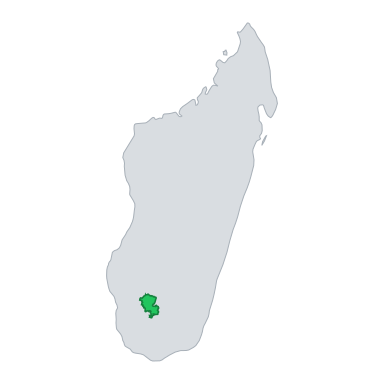 Benenitra, Atsimo-Andrefana, Madagascar shown in context
{"feature_id": "10022922B93003724204974", "entity_name": "Benenitra", "entity_type": "district", "adm_level": 2, "iso_a3": "MDG", "parent_name": "Madagascar", "parent_adm1": "Atsimo-Andrefana", "projection": "mercator", "projection_center": [45.12, -23.452], "detail": "fine", "context": "in_parent", "style": "filled", "palette": "green", "viewbox_px": 384, "rotation_deg": 0, "n_neighbors": 0, "source": "geoboundaries", "source_scale": "gbopen_adm2", "svg_char_len": 7267}
<svg xmlns="http://www.w3.org/2000/svg" viewBox="0 0 384 384"><path d="M255.1,31.6L256.2,34.1L257.4,36.5L261.4,42.4L263.1,44.7L264.5,47.1L265.2,51.9L267.7,59.4L270.1,70.6L270.8,82.2L271.6,87.5L273.4,92.5L276.4,97.7L277.4,103.5L275.6,109.5L272.9,115.1L272.2,116.2L270.9,117.6L270.4,117.6L268.2,116.1L266.5,113.7L264.3,108.1L263.5,105.3L262.5,104.8L259.9,105.1L258.1,106.8L257.7,108.0L258.1,111.1L258.8,114.0L259.2,116.8L259.2,120.5L259.9,121.6L260.9,122.5L262.0,124.9L262.2,130.6L261.5,133.4L259.7,135.9L259.8,137.3L260.5,138.7L259.8,139.5L257.4,140.6L256.4,141.5L255.1,144.1L253.0,149.2L252.7,151.8L254.0,159.8L253.7,165.5L250.9,176.4L249.4,181.6L247.2,187.8L243.8,196.0L240.4,206.3L237.6,216.9L235.5,223.3L233.1,229.6L229.8,240.8L227.0,252.1L222.9,264.7L217.2,278.8L216.6,280.6L215.4,287.8L214.1,294.1L212.6,300.3L209.4,310.6L209.0,313.8L208.3,316.8L205.2,323.3L203.9,325.7L203.0,328.3L202.4,331.6L201.5,334.7L199.3,340.5L195.9,345.5L193.6,347.3L188.7,350.0L186.1,350.5L180.6,350.6L175.2,352.1L169.6,355.0L164.2,358.3L162.1,359.9L159.8,360.8L152.7,361.0L150.5,360.2L143.4,354.8L140.6,353.9L135.4,353.1L133.8,352.7L132.3,351.9L130.2,349.1L126.0,346.7L125.0,345.9L124.3,344.3L123.9,342.5L122.8,340.5L122.0,336.7L120.6,334.0L116.8,329.3L116.4,327.8L116.0,322.9L116.2,319.5L115.8,313.4L116.2,310.5L117.6,307.9L117.0,305.1L115.6,302.2L115.0,299.1L114.0,296.4L109.9,291.4L109.0,288.9L108.3,286.4L106.8,278.5L106.6,275.7L106.8,270.0L107.4,267.0L108.4,264.9L108.6,263.4L109.3,262.0L110.2,261.0L110.9,259.7L112.4,252.3L114.3,250.7L117.1,249.7L119.4,247.8L120.7,245.2L122.1,239.9L125.6,234.6L126.9,231.8L129.8,227.6L132.4,221.7L133.2,218.9L133.7,216.1L134.4,209.9L134.9,206.8L134.8,203.7L133.3,200.6L129.8,194.8L129.7,193.8L130.0,189.5L129.7,186.5L128.4,183.4L126.7,180.6L125.1,175.2L124.3,166.4L124.5,163.2L124.0,160.3L122.8,157.6L123.7,152.9L134.1,135.9L134.5,133.9L134.0,128.7L134.2,125.7L134.6,124.6L135.4,123.9L137.2,123.6L145.6,122.9L146.7,122.4L148.8,120.9L151.7,118.2L153.1,117.4L154.2,117.7L154.9,118.9L155.9,119.5L159.3,118.2L160.6,118.2L161.9,118.4L162.6,117.3L162.9,115.7L163.4,114.6L164.3,114.0L168.7,113.7L171.5,113.2L175.2,112.2L175.9,112.4L178.9,116.2L179.7,116.6L180.9,116.7L181.9,116.0L179.5,114.0L179.1,112.9L179.3,111.6L180.5,108.8L182.7,106.6L187.4,103.4L192.3,99.7L193.7,99.4L194.9,100.0L195.8,104.4L195.7,105.1L196.5,105.2L197.4,104.7L198.2,102.9L198.3,101.4L197.6,100.0L197.3,98.8L197.3,97.7L199.7,95.1L201.7,92.7L202.6,89.7L203.4,88.3L205.5,86.8L206.1,87.0L206.5,88.3L206.8,89.6L206.3,90.9L205.5,92.2L205.2,94.0L206.4,94.3L207.5,93.9L209.1,90.7L210.9,87.8L212.0,86.2L213.4,85.2L215.7,85.4L217.9,86.1L214.3,82.9L213.4,78.7L217.7,71.3L217.7,69.7L218.3,69.3L218.6,68.7L216.4,66.2L216.0,65.0L216.3,63.1L217.3,61.4L218.3,60.3L219.7,59.8L220.7,60.5L223.1,62.5L224.8,62.8L226.7,60.8L228.3,58.4L230.7,56.7L233.4,55.7L237.5,51.8L240.2,43.8L240.5,41.4L239.9,38.6L238.9,35.9L237.3,32.5L237.7,31.8L240.0,32.2L240.7,31.7L243.2,28.8L247.3,23.0L248.6,23.1L249.7,24.1L250.2,25.7L251.0,26.8L253.7,29.5L255.1,31.6ZM226.8,54.2L226.8,55.1L223.7,54.7L223.2,51.6L224.8,51.5L225.1,50.3L226.0,50.1L227.0,52.8L226.8,54.2ZM264.5,140.9L261.8,145.4L262.6,141.6L265.7,136.1L266.5,135.7L264.5,140.9Z" fill="#d9dde1" stroke="#a8b0b8" stroke-width="1"/><path d="M147.9,294.1L147.8,294.3L147.7,294.5L147.4,294.7L147.1,294.8L146.3,294.7L146.2,294.7L145.9,294.9L145.6,294.8L145.5,294.6L145.4,295.1L145.2,295.3L145.1,295.6L144.9,295.8L144.6,295.9L144.3,295.9L144.1,295.9L143.6,296.5L143.4,296.9L143.2,297.2L142.9,297.2L142.8,297.3L142.5,297.9L142.2,298.2L141.4,298.0L141.1,297.9L141.0,298.0L140.8,297.9L140.6,297.9L140.5,298.0L140.3,298.1L140.0,298.5L140.0,299.0L139.8,299.5L139.9,299.8L139.8,300.0L140.1,300.1L140.1,300.3L140.3,300.3L140.7,300.4L141.1,300.3L141.6,300.4L141.9,300.6L142.0,300.8L141.9,301.0L141.8,301.7L142.1,301.9L142.4,302.0L142.5,302.2L142.6,302.3L142.0,302.9L141.9,303.1L141.8,303.9L141.8,304.0L141.7,304.1L141.5,304.5L141.5,304.8L141.8,304.8L142.0,304.8L142.3,304.4L142.6,304.6L142.6,304.9L142.6,305.0L142.8,305.1L142.7,305.3L142.7,305.5L142.7,305.8L142.8,306.1L143.1,306.0L143.3,306.0L143.5,306.2L143.5,306.3L143.7,306.5L143.7,306.8L143.6,307.1L143.8,307.3L143.7,307.7L143.7,307.8L143.8,307.9L144.0,307.8L144.1,307.5L144.5,307.6L144.7,308.0L144.8,308.0L145.1,308.2L145.2,308.3L145.2,308.5L145.2,308.8L145.1,309.3L145.2,309.6L145.2,309.8L145.3,310.2L145.1,310.5L145.0,310.8L145.0,311.1L145.1,311.3L145.3,311.6L145.5,311.7L145.8,311.6L146.0,311.6L146.1,311.4L146.3,311.1L146.5,311.1L146.9,311.1L147.1,311.1L147.3,311.0L147.6,310.8L148.0,310.8L148.3,311.0L148.6,311.3L148.7,311.1L149.0,311.0L149.2,310.9L149.4,311.0L149.6,310.8L149.7,310.7L150.0,310.7L150.5,311.0L150.9,311.3L150.8,311.6L150.4,312.0L150.2,312.1L150.1,312.3L150.2,312.6L150.5,312.8L151.0,313.4L151.0,313.8L151.0,314.0L151.1,314.3L151.1,314.8L150.6,315.2L150.3,315.3L149.8,315.4L149.5,315.4L149.6,315.6L149.6,315.9L149.6,316.0L149.8,316.5L149.6,316.9L149.8,317.0L149.7,317.2L149.9,317.2L149.9,317.3L150.1,317.4L150.3,317.3L150.5,317.5L150.8,317.7L151.2,317.8L151.3,317.8L151.3,317.7L151.5,317.7L151.8,317.6L151.8,317.4L151.9,317.2L152.0,317.1L152.2,316.8L152.3,316.7L152.2,316.5L152.2,316.3L152.0,316.2L152.0,315.9L151.9,315.9L152.0,315.8L152.1,315.7L152.2,315.8L152.3,315.9L152.3,316.0L152.5,315.9L152.7,315.7L152.7,315.4L153.0,315.4L153.6,315.3L153.7,315.2L153.9,315.1L154.1,315.0L154.1,314.9L153.9,314.8L153.7,314.3L153.6,314.2L153.4,314.0L153.7,313.9L153.9,314.0L154.0,314.0L154.3,314.2L154.4,314.3L154.6,314.2L154.8,314.2L155.1,314.3L155.3,314.4L155.6,314.6L155.8,314.6L156.0,314.5L156.2,314.4L156.6,314.4L156.9,314.4L157.7,314.4L157.8,314.3L157.9,314.0L157.9,313.8L157.8,313.5L157.9,312.9L158.1,312.8L158.4,312.5L158.8,312.3L158.7,312.3L158.7,312.2L158.4,312.0L158.4,311.5L158.4,311.3L158.4,311.2L158.1,311.0L157.7,310.8L157.4,310.5L157.4,310.3L157.5,310.2L157.6,309.9L158.0,309.5L157.9,309.3L157.9,309.1L157.9,308.9L158.0,308.7L158.3,308.6L158.5,308.4L158.7,308.2L158.7,307.8L158.6,307.7L158.4,307.5L158.3,307.1L158.3,306.9L158.2,306.6L157.8,306.6L157.7,306.6L157.4,306.4L157.2,306.4L157.2,306.1L156.9,305.9L156.7,306.0L156.6,305.9L156.5,305.7L156.4,305.3L156.2,305.3L155.8,305.5L155.6,305.6L155.5,305.8L155.5,306.0L155.4,306.3L155.2,306.5L155.0,306.3L154.9,306.3L154.7,306.2L154.4,306.2L154.2,306.2L153.7,306.3L153.4,306.3L153.2,306.2L152.9,306.1L152.7,306.0L152.6,305.9L152.5,305.6L152.6,305.4L152.6,305.2L152.7,304.9L152.8,304.9L152.9,304.6L153.0,304.5L153.0,304.3L153.4,304.2L153.5,304.0L153.6,303.9L153.9,303.8L154.2,303.7L154.3,303.7L154.3,303.4L154.6,303.0L154.5,302.9L154.7,302.7L154.9,302.3L155.0,302.0L155.1,301.8L155.2,301.4L155.2,301.1L155.3,301.0L155.4,300.7L155.5,300.4L155.5,300.2L155.6,299.7L155.6,299.4L155.8,299.2L156.0,298.7L156.1,298.4L156.1,297.8L156.1,297.6L156.0,297.4L155.9,297.3L155.7,297.3L155.6,297.2L155.4,297.1L155.1,297.2L154.9,297.2L154.6,297.1L154.3,296.9L154.2,296.9L154.1,296.6L153.5,296.8L153.4,296.8L153.3,296.5L153.1,296.3L152.9,296.2L152.6,296.1L152.3,295.9L152.2,295.9L151.8,295.9L151.6,295.8L151.4,295.9L151.3,295.7L150.9,295.6L150.6,295.6L150.4,295.7L150.3,295.8L150.2,295.7L149.6,295.6L149.4,295.3L149.3,295.2L149.1,295.0L148.9,294.9L148.8,294.6L148.7,294.5L148.4,294.3L148.1,294.1L147.9,294.1Z" fill="#22c55e" stroke="#15803d" stroke-width="1.5"/></svg>